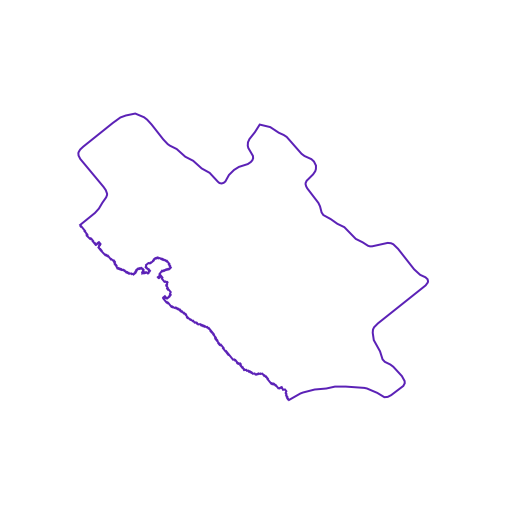 outline of San Pedro de Macorís, San Pedro de Macorís, Dominican Republic, rotated 51°
{"feature_id": "3306468B30679779198976", "entity_name": "San Pedro de Macorís", "entity_type": "district", "adm_level": 2, "iso_a3": "DOM", "parent_name": "Dominican Republic", "parent_adm1": "San Pedro de Macorís", "projection": "natural_earth1", "projection_center": [-69.289, 18.484], "detail": "fine", "context": "isolated", "style": "outline", "palette": "violet", "viewbox_px": 512, "rotation_deg": 51, "n_neighbors": 0, "source": "geoboundaries", "source_scale": "gbopen_adm2", "svg_char_len": 6152}
<svg xmlns="http://www.w3.org/2000/svg" viewBox="0 0 512 512"><g transform="rotate(51 256 256)"><path d="M156.2,170.4L159.1,179.0L161.0,187.5L162.6,190.7L165.1,193.0L167.2,194.0L176.3,195.4L178.2,196.7L179.3,198.6L179.7,200.9L179.4,204.5L176.0,213.2L175.3,218.9L176.0,226.0L178.8,232.9L178.8,235.1L178.0,237.1L176.3,238.5L174.2,238.9L162.2,239.7L153.8,243.1L142.5,244.9L134.3,248.5L123.0,250.3L116.0,253.5L113.5,254.2L107.0,254.7L88.1,254.4L81.5,254.8L77.7,255.7L69.3,260.2L64.9,268.7L63.0,274.2L62.5,283.5L62.3,321.4L62.6,325.6L63.5,328.1L64.2,329.3L66.3,330.7L70.0,331.5L106.4,331.0L110.3,331.3L113.8,332.5L114.8,333.3L116.1,335.5L117.9,341.8L120.3,348.3L121.2,354.1L121.2,373.1L122.5,373.1L122.5,373.6L123.0,373.6L123.0,373.1L128.9,373.1L128.9,373.6L133.0,373.6L133.0,374.2L133.9,374.2L133.9,374.7L138.1,374.2L138.1,373.6L139.0,373.6L139.0,373.1L141.7,373.1L141.7,373.6L144.5,373.6L144.5,373.1L145.4,373.1L145.4,373.6L146.3,373.6L146.3,373.1L146.7,373.1L146.7,370.9L146.3,370.9L146.3,369.9L146.7,369.9L146.7,369.3L148.6,369.3L148.6,369.9L149.0,369.9L149.0,370.9L149.5,370.9L149.5,372.0L150.4,372.6L150.4,373.1L152.7,373.1L152.7,372.6L154.5,372.6L154.5,373.1L160.4,372.6L160.4,372.0L161.4,372.0L161.4,371.5L162.7,371.5L162.7,370.9L167.3,370.9L167.3,370.4L170.0,369.9L170.0,369.3L171.4,369.3L171.4,369.9L172.3,369.9L172.3,370.4L173.7,370.4L173.7,370.9L174.2,370.9L174.2,370.4L175.5,370.4L175.5,370.9L178.3,371.5L178.3,370.9L179.2,370.9L179.2,370.4L180.1,370.4L180.1,369.9L181.0,369.9L181.0,369.3L181.9,369.3L181.9,368.8L182.8,368.8L183.3,367.7L184.7,367.7L184.7,367.2L187.0,367.2L187.0,366.6L187.9,366.6L187.9,366.1L189.2,366.1L189.2,365.5L190.1,365.5L191.1,363.9L192.0,363.9L192.4,362.8L193.3,362.8L193.3,360.7L192.9,360.7L192.9,359.6L192.4,359.6L192.4,358.5L192.0,358.5L192.0,357.5L191.5,357.5L191.5,355.8L192.0,355.8L192.0,354.8L192.4,354.8L192.4,354.2L192.9,354.2L192.9,353.1L193.3,353.1L193.3,352.6L194.7,352.6L194.7,352.1L196.1,352.1L196.5,353.1L197.0,353.1L197.0,354.8L197.9,355.3L197.9,354.8L198.8,354.2L198.8,353.1L199.3,353.1L199.3,352.1L199.7,352.1L199.7,351.5L201.6,351.0L201.6,350.4L201.1,350.4L201.1,348.8L200.7,348.8L200.7,347.7L198.8,347.7L198.8,348.3L196.5,348.3L196.5,348.8L195.2,348.8L194.7,347.7L193.8,347.2L193.8,344.0L194.7,343.4L194.7,342.3L195.2,342.3L195.2,338.6L194.7,338.6L194.7,337.0L194.3,337.0L194.3,335.9L194.7,335.9L194.7,334.8L195.2,334.8L195.2,333.7L195.6,333.7L195.6,333.2L196.5,333.2L197.0,332.1L198.8,331.6L198.8,331.0L199.7,331.0L199.7,330.5L200.7,330.5L200.7,329.9L202.5,329.4L202.5,328.9L203.9,328.9L203.9,328.3L207.5,328.3L207.5,328.9L209.3,328.9L209.3,329.4L211.2,329.4L211.2,330.5L211.6,330.5L211.6,331.6L211.2,331.6L211.2,332.6L210.7,332.6L210.7,333.7L210.2,333.7L210.2,334.8L209.8,334.8L209.8,336.4L209.3,336.4L209.3,337.5L208.9,337.5L208.9,338.6L208.4,338.6L209.3,342.3L210.2,342.3L210.2,342.9L211.2,343.4L211.2,344.0L210.7,344.0L210.7,345.6L211.6,345.6L211.6,345.0L212.1,345.0L212.1,342.3L213.9,342.3L214.4,343.4L218.5,343.4L218.9,342.3L219.8,342.3L220.3,341.3L220.8,341.3L221.2,342.3L222.1,342.9L222.1,344.0L223.0,344.0L223.0,344.5L224.9,344.5L225.3,345.6L226.7,345.6L226.7,345.0L230.4,345.0L231.3,346.7L232.2,346.7L232.2,347.2L232.6,347.2L232.6,348.8L233.1,348.8L233.1,351.5L232.6,351.5L232.6,352.1L231.7,352.1L231.7,352.6L231.3,352.6L231.3,352.1L229.9,352.1L229.9,354.2L230.8,354.2L230.8,354.8L235.8,354.8L235.8,354.2L237.2,354.2L237.2,353.7L242.2,353.7L242.2,353.1L243.2,353.1L243.2,352.6L245.0,352.1L245.4,351.0L246.4,351.0L246.4,350.4L247.7,350.4L247.7,349.9L248.6,349.9L248.6,349.4L250.0,349.4L250.0,348.8L250.5,348.8L250.5,349.4L251.4,349.4L251.4,348.8L252.7,348.8L252.7,348.3L255.0,348.3L255.0,347.7L256.9,347.7L256.9,347.2L257.3,347.2L257.3,347.7L260.5,347.7L260.5,348.3L261.0,348.3L261.0,347.7L264.2,347.2L264.2,346.7L266.9,346.1L266.9,345.6L269.2,345.6L269.7,344.5L271.0,344.5L271.0,344.0L272.8,344.0L273.8,342.3L275.1,342.3L275.1,341.8L276.0,341.8L276.0,341.3L277.0,341.3L277.0,340.7L277.9,340.7L277.9,340.2L278.8,340.2L278.8,339.7L280.6,339.1L280.6,338.6L282.4,338.6L282.4,338.0L285.6,338.0L285.6,338.6L287.5,338.6L287.5,338.0L290.2,338.0L290.2,338.6L293.9,338.6L293.9,339.1L294.8,339.1L294.8,339.7L295.7,339.7L295.7,339.1L297.1,339.1L297.1,339.7L300.3,339.7L300.3,340.2L302.1,340.2L302.1,339.7L303.0,339.7L303.0,339.1L307.1,339.1L307.1,339.7L311.2,339.7L311.2,339.1L313.5,339.1L313.5,339.7L315.3,339.7L315.3,339.1L322.2,339.1L322.7,338.0L324.0,338.0L324.0,337.5L327.2,337.5L327.2,338.0L327.7,338.0L327.7,337.5L328.6,337.5L328.6,337.0L329.1,337.0L329.5,335.9L330.0,335.9L330.0,336.4L331.3,336.4L331.3,337.0L334.1,337.0L334.1,336.4L336.8,337.0L336.8,336.4L337.7,336.4L338.2,335.3L339.6,335.3L340.0,334.3L341.4,334.3L341.4,333.7L342.3,333.7L342.3,333.2L343.7,333.2L343.7,332.6L345.5,332.6L346.4,331.0L347.8,331.0L348.2,329.9L348.7,329.9L348.7,328.3L349.2,328.3L349.2,327.8L350.1,327.2L350.1,326.7L350.5,326.7L351.4,325.1L354.2,325.1L354.2,324.5L356.0,324.5L356.0,324.0L358.7,324.0L358.7,324.5L364.7,324.5L364.7,324.0L365.6,324.0L365.6,323.5L366.1,323.5L366.1,322.9L367.0,322.9L367.0,322.4L368.8,322.4L368.8,321.9L372.9,321.9L373.4,320.8L373.8,320.8L373.8,319.2L374.3,319.2L374.3,318.6L377.0,319.2L377.9,317.5L380.2,317.5L381.1,319.2L382.5,319.2L383.0,320.2L384.8,320.2L384.8,320.8L386.6,320.8L386.6,321.3L388.5,321.3L388.5,321.9L390.8,308.0L391.7,305.3L396.7,294.4L403.2,284.8L407.2,276.8L414.2,268.2L426.6,254.9L428.7,253.2L438.7,247.9L446.5,245.1L448.4,242.3L449.2,238.5L449.7,223.3L448.5,220.5L446.7,219.2L441.1,218.2L428.5,219.0L424.9,219.9L419.3,222.5L416.0,222.7L408.1,219.6L395.5,217.4L389.1,213.6L386.8,211.4L385.7,209.1L385.1,203.7L385.6,142.7L384.7,139.2L383.9,138.2L382.0,137.3L379.2,137.7L373.9,140.3L365.8,141.5L339.8,141.1L333.3,141.9L331.1,143.0L328.7,145.4L321.6,159.6L320.3,161.3L318.6,162.5L312.5,164.5L305.5,167.7L289.2,169.2L282.2,172.5L274.4,174.7L266.6,177.9L263.4,177.6L257.7,175.0L254.0,174.1L235.8,173.6L233.5,173.2L231.4,172.3L230.5,171.5L229.4,169.3L228.5,160.3L227.4,156.6L226.1,154.7L223.5,152.5L219.0,151.5L215.6,152.0L208.8,155.4L205.2,156.3L182.8,157.2L179.4,158.3L174.6,160.7L164.8,163.8L156.2,170.4Z" fill="none" stroke="#5b21b6" stroke-width="2"/></g></svg>